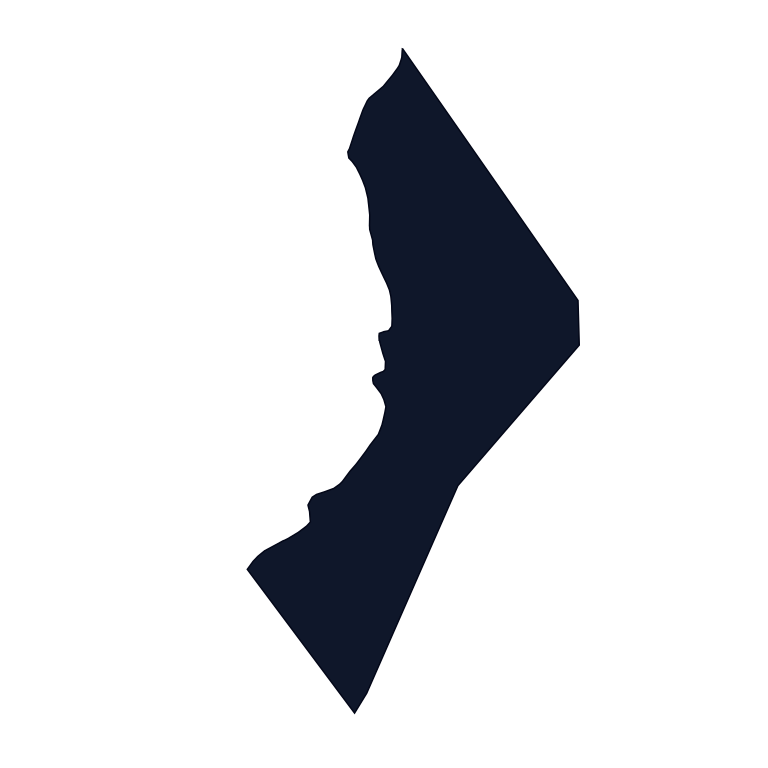 outline of Banse La Grace, Laborie, Saint Lucia, rotated 209°
{"feature_id": "8701671B8403911269466", "entity_name": "Banse La Grace", "entity_type": "district", "adm_level": 2, "iso_a3": "LCA", "parent_name": "Saint Lucia", "parent_adm1": "Laborie", "projection": "mercator", "projection_center": [-60.997, 13.782], "detail": "fine", "context": "isolated", "style": "filled", "palette": "ink", "viewbox_px": 768, "rotation_deg": 209, "n_neighbors": 0, "source": "geoboundaries", "source_scale": "gbopen_adm2", "svg_char_len": 1898}
<svg xmlns="http://www.w3.org/2000/svg" viewBox="0 0 768 768"><g transform="rotate(209 384 384)"><path d="M232.1,512.7L254.8,551.1L529.2,685.7L529.8,686.1L530.4,686.0L530.1,685.5L529.7,684.4L526.8,678.4L526.2,675.9L525.1,670.1L525.2,667.6L525.3,666.3L525.7,663.2L526.3,658.2L527.7,650.7L528.9,644.0L535.5,626.8L535.8,624.4L535.9,623.5L535.5,617.1L535.4,614.9L535.2,613.0L533.8,604.2L533.5,602.6L533.1,600.3L532.1,593.8L531.0,587.2L530.5,584.5L530.1,582.6L528.5,574.2L528.3,573.3L528.2,569.5L526.5,567.3L524.3,564.6L519.7,563.2L513.2,560.2L511.2,558.8L506.8,555.8L502.0,552.2L501.5,551.8L495.7,546.9L495.0,546.2L488.2,538.8L485.8,535.4L484.5,533.6L478.4,524.9L473.4,515.4L472.6,514.2L471.4,512.2L466.9,507.6L463.7,504.3L462.5,502.4L461.1,500.3L455.6,493.8L451.8,489.5L449.0,487.1L445.5,484.2L440.0,480.2L435.8,477.2L434.8,476.5L430.7,473.6L425.1,469.1L424.4,468.4L420.5,464.0L418.9,461.7L415.3,456.4L412.3,451.3L408.6,445.2L405.9,439.9L405.1,438.2L405.5,435.4L405.8,432.9L406.5,432.2L409.4,429.8L410.9,428.0L412.7,426.0L411.7,423.6L409.3,419.7L408.6,419.5L407.8,418.4L399.8,410.2L395.5,406.2L393.7,404.6L390.9,399.0L390.0,397.3L390.7,394.6L392.5,392.6L395.7,388.1L396.1,387.5L396.9,385.4L396.9,384.1L395.8,382.2L395.3,381.4L394.6,380.6L393.4,379.2L389.7,377.7L381.8,374.2L380.3,373.1L376.6,370.4L371.3,365.1L369.4,359.5L367.1,351.6L365.9,347.2L364.9,340.1L364.5,337.1L366.5,324.2L367.2,316.6L368.6,306.4L369.3,301.5L369.6,299.7L370.2,296.9L371.4,291.3L372.2,285.4L373.1,278.6L374.2,274.8L377.3,268.3L379.4,265.9L383.7,260.9L389.5,254.7L391.9,250.2L391.8,241.3L391.4,240.8L387.3,236.4L381.5,227.6L381.8,226.2L382.8,222.2L387.1,212.5L393.2,202.0L395.1,199.2L396.3,197.8L401.3,189.9L404.0,185.7L407.5,180.3L409.0,176.6L410.8,172.0L412.5,165.4L413.7,155.6L250.2,81.9L249.4,100.9L249.2,105.1L260.9,231.2L270.1,330.9L252.3,416.2L232.1,512.7Z" fill="#0f172a" stroke="#020617" stroke-width="1.5"/></g></svg>